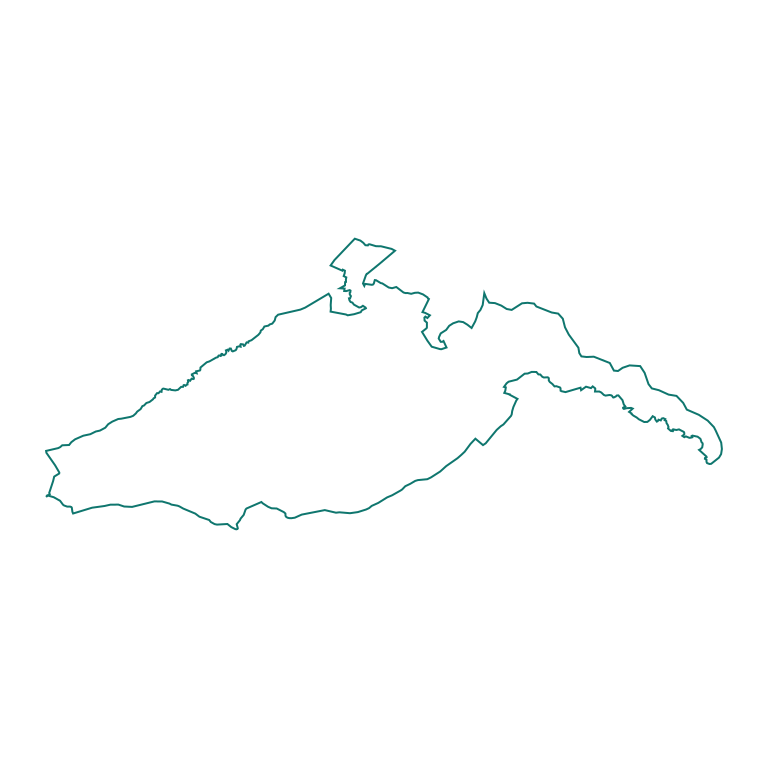 outline of Valea Moldovei, Suceava, Romania
{"feature_id": "2599482B49071413589038", "entity_name": "Valea Moldovei", "entity_type": "district", "adm_level": 2, "iso_a3": "ROU", "parent_name": "Romania", "parent_adm1": "Suceava", "projection": "equal_earth", "projection_center": [26.027, 47.483], "detail": "fine", "context": "isolated", "style": "outline", "palette": "teal", "viewbox_px": 768, "rotation_deg": 0, "n_neighbors": 0, "source": "geoboundaries", "source_scale": "gbopen_adm2", "svg_char_len": 6093}
<svg xmlns="http://www.w3.org/2000/svg" viewBox="0 0 768 768"><path d="M709.5,464.0L711.2,463.8L719.0,457.6L721.1,454.1L721.9,449.0L721.2,442.6L715.7,430.6L713.9,427.1L707.7,420.6L698.8,414.8L686.8,409.6L683.2,402.9L676.5,395.9L668.6,394.6L658.9,390.2L651.8,388.4L648.5,384.1L644.6,372.8L640.2,366.1L629.6,365.4L622.6,367.8L618.0,371.0L613.9,370.6L609.8,363.0L593.8,356.7L586.6,357.0L581.4,356.4L579.3,353.1L578.4,347.7L568.8,334.6L565.0,327.3L562.8,318.7L558.2,313.6L551.7,312.5L536.4,306.5L534.1,303.6L527.5,302.8L522.0,303.3L511.7,309.9L506.7,309.0L501.3,305.6L495.0,303.1L489.2,302.7L486.5,298.6L484.3,293.2L482.7,305.0L480.4,310.0L477.8,313.1L476.7,317.4L475.2,321.4L471.6,328.0L467.4,324.7L463.2,322.1L458.7,321.4L453.1,323.3L449.2,325.8L446.2,329.9L440.7,333.4L439.1,336.9L438.7,338.5L440.7,341.8L442.3,341.8L443.5,341.0L446.5,347.5L441.4,349.2L440.0,349.1L431.7,346.7L427.4,340.7L422.0,331.9L426.6,328.2L426.9,327.4L426.9,322.6L424.6,320.6L424.4,317.6L425.4,316.6L427.4,318.0L429.9,315.3L425.2,312.9L422.5,312.1L428.9,299.0L427.9,298.4L427.6,297.5L423.0,294.4L418.2,292.6L414.9,292.8L411.2,293.8L407.4,293.0L405.6,293.1L403.5,292.5L396.3,287.0L392.1,288.2L388.7,287.5L382.3,283.4L380.8,283.1L376.0,280.2L374.8,280.1L373.8,283.6L372.9,284.6L371.8,284.8L365.1,283.9L364.3,285.9L363.0,283.5L365.9,275.3L366.7,273.9L367.1,273.9L378.9,264.3L395.0,250.7L391.6,248.9L381.1,246.3L376.0,246.2L369.7,244.3L368.5,244.4L367.9,245.4L365.4,245.2L363.3,242.8L360.4,240.6L354.8,238.7L334.5,260.0L330.6,265.5L342.4,270.7L342.8,269.7L344.9,270.7L344.7,273.2L343.7,276.1L346.3,277.4L345.9,279.4L346.0,281.9L345.1,282.1L345.0,285.4L339.9,288.3L344.6,288.6L344.2,291.0L346.1,291.1L349.7,290.1L350.5,290.6L350.3,292.3L349.7,292.9L349.8,294.5L350.9,296.1L350.1,298.3L349.0,298.4L349.5,300.4L350.6,302.0L352.4,302.6L353.9,304.6L359.1,307.5L360.9,307.2L362.9,305.8L365.6,307.6L365.9,308.3L361.9,310.3L360.7,312.2L354.1,314.2L347.7,315.3L346.0,314.5L330.6,311.6L330.9,308.7L330.7,305.0L331.2,298.0L328.6,293.7L305.2,307.6L300.4,309.6L278.1,314.7L275.6,317.1L274.7,320.5L272.3,323.6L269.6,324.5L268.5,325.6L264.4,326.5L262.8,329.2L260.8,330.6L260.4,332.4L258.4,334.8L251.5,340.2L248.6,341.3L248.3,342.6L246.6,342.4L244.7,345.6L243.9,345.9L243.1,344.4L240.8,344.1L240.4,344.5L240.6,346.7L239.3,346.3L237.0,346.9L236.5,349.0L235.7,350.2L232.8,351.4L231.8,350.9L230.8,348.5L229.6,348.5L228.5,350.7L227.6,349.7L225.9,350.4L226.4,351.9L226.1,353.0L225.4,354.2L224.0,355.2L223.0,354.9L222.4,354.0L221.5,353.9L221.1,354.5L221.2,355.7L220.5,356.0L219.1,355.4L218.5,355.7L217.7,357.2L216.1,357.6L209.4,361.4L206.7,362.3L200.5,367.5L200.3,369.9L199.9,370.5L196.1,371.3L196.7,373.3L194.9,372.8L191.8,374.4L191.9,375.3L193.0,376.0L193.9,377.9L193.8,378.8L193.1,379.1L191.6,378.7L190.1,380.8L188.7,380.0L187.9,380.3L188.2,382.0L187.4,383.1L187.5,384.5L186.4,384.9L185.6,385.8L184.1,385.0L183.6,385.2L183.0,386.9L181.1,386.9L178.0,389.8L175.3,390.4L171.1,389.9L170.0,389.1L168.4,389.8L163.5,388.6L162.7,388.8L161.8,389.8L161.5,391.8L160.1,391.4L158.5,393.2L157.1,393.1L155.1,395.6L155.1,397.4L154.8,397.7L153.6,398.3L153.0,399.3L149.5,402.0L146.4,403.0L144.0,405.5L142.4,406.1L140.6,409.1L137.2,411.6L135.8,413.5L133.2,415.8L130.4,416.9L121.2,418.7L118.2,419.0L112.3,421.6L108.2,424.2L105.3,427.7L99.9,430.6L95.8,431.5L90.3,434.2L83.3,435.7L75.1,439.3L71.3,442.2L69.1,445.0L62.2,445.3L60.2,447.1L58.2,448.1L46.1,450.9L46.4,452.8L55.1,465.3L59.3,472.5L59.2,473.5L54.2,476.6L53.1,481.1L49.2,493.0L49.8,494.3L49.2,494.9L47.3,495.3L46.1,496.8L48.1,495.6L53.7,497.2L60.1,500.8L63.0,504.7L64.1,505.5L67.2,506.6L70.1,506.6L71.4,507.1L71.8,507.7L72.4,511.8L73.1,513.5L92.1,507.7L104.5,506.0L110.3,504.7L118.4,504.6L124.1,506.5L132.1,506.9L154.4,501.4L162.2,501.5L169.5,503.6L171.4,504.6L177.6,505.7L179.4,506.4L183.3,508.6L195.3,513.6L199.4,516.7L209.2,520.0L210.8,522.0L214.6,524.1L217.0,524.6L227.4,524.0L231.3,527.1L235.3,529.1L236.4,529.3L237.4,529.0L237.8,528.3L236.7,524.2L240.0,520.1L240.6,518.6L243.7,514.9L245.6,509.5L246.5,508.5L261.4,502.0L262.7,503.3L268.1,506.8L271.6,508.3L276.7,508.5L283.8,512.1L285.4,513.5L285.5,515.8L286.2,516.9L287.5,517.7L289.1,518.1L291.3,518.2L294.8,517.7L301.7,514.6L324.8,510.1L336.0,512.7L339.4,512.3L350.0,513.2L357.8,512.1L366.1,509.5L369.1,508.1L371.7,505.9L378.3,502.9L387.1,497.4L392.1,495.3L400.6,490.5L402.1,489.5L405.3,486.2L410.1,483.9L415.2,480.9L417.9,480.1L427.3,479.2L431.0,477.4L440.2,471.5L446.2,466.1L457.5,458.2L461.4,454.8L464.7,451.7L470.5,443.9L475.4,438.7L483.0,445.1L485.7,443.3L496.7,429.9L500.8,426.2L503.4,424.5L511.0,415.9L511.7,414.4L512.2,411.0L513.4,407.0L516.3,400.5L517.5,398.9L509.6,394.7L509.7,394.4L504.3,392.9L505.3,390.7L505.8,387.4L504.0,386.9L506.6,383.3L508.6,381.7L517.0,379.6L524.6,373.7L527.8,373.5L531.7,371.9L536.4,372.0L538.4,374.4L540.3,374.5L542.3,376.8L543.9,377.5L547.8,377.3L548.8,378.2L548.8,380.5L549.8,382.0L552.4,384.0L554.5,386.4L556.3,386.2L559.9,387.4L560.5,388.2L560.6,390.7L561.5,391.2L565.5,392.1L580.5,387.7L581.1,390.2L586.0,386.7L591.0,388.1L592.7,386.4L595.1,388.3L595.3,388.8L595.0,391.5L599.3,391.5L601.3,392.5L603.8,394.9L605.5,395.6L609.4,395.0L611.2,395.3L611.9,395.7L613.1,397.4L613.7,397.5L615.8,396.5L616.8,395.5L618.4,395.4L622.5,400.2L623.8,404.5L625.3,406.4L623.1,407.7L623.2,408.4L623.9,408.9L626.6,408.2L631.0,407.9L632.7,408.6L629.1,411.9L631.6,413.5L631.5,414.0L633.4,415.6L636.7,417.5L638.9,419.3L644.2,422.0L647.4,421.9L649.9,419.9L652.7,416.2L654.9,417.5L655.3,419.5L656.8,421.6L657.7,421.2L658.5,419.7L660.8,420.4L661.7,418.6L662.3,418.4L663.3,418.2L665.3,419.1L664.7,420.2L666.2,420.9L666.6,423.3L667.6,424.6L668.5,427.0L668.0,428.4L670.8,430.9L672.9,431.2L673.3,430.5L672.6,429.7L673.1,429.3L676.3,430.0L679.0,429.4L683.8,431.9L684.3,433.0L684.2,434.5L682.4,435.9L684.3,437.2L685.9,436.4L689.3,437.8L690.7,437.7L692.2,437.3L691.6,436.1L692.4,435.6L697.6,436.7L700.0,438.5L700.5,439.0L701.5,442.1L702.6,443.3L702.7,444.4L702.2,447.4L700.6,449.1L699.1,449.9L706.5,456.6L706.6,457.3L705.0,458.0L704.9,458.8L706.5,459.8L706.5,461.9L707.1,463.1L709.5,464.0Z" fill="none" stroke="#0f766e" stroke-width="2"/></svg>